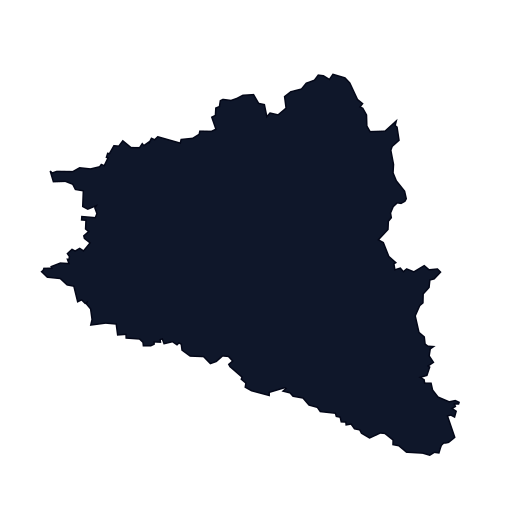 Prilep, Prilep, North Macedonia (Robinson projection), rotated 4°
{"feature_id": "65306769B638558710054", "entity_name": "Prilep", "entity_type": "district", "adm_level": 2, "iso_a3": "MKD", "parent_name": "North Macedonia", "parent_adm1": "Prilep", "projection": "robinson", "projection_center": [21.661, 41.283], "detail": "fine", "context": "isolated", "style": "filled", "palette": "ink", "viewbox_px": 512, "rotation_deg": 4, "n_neighbors": 0, "source": "geoboundaries", "source_scale": "gbopen_adm2", "svg_char_len": 3169}
<svg xmlns="http://www.w3.org/2000/svg" viewBox="0 0 512 512"><g transform="rotate(4 256 256)"><path d="M351.7,96.6L346.3,92.8L337.5,76.9L332.3,72.1L320.1,69.4L316.9,74.8L310.7,71.5L305.5,71.2L302.0,76.6L294.1,80.1L289.7,86.3L279.3,89.7L273.4,95.0L275.7,106.4L268.2,113.7L260.0,112.4L257.1,116.4L253.8,104.4L248.0,103.6L242.3,95.2L231.7,96.6L226.0,100.1L220.2,102.6L212.1,102.1L209.6,103.6L209.1,109.5L205.6,111.2L205.7,118.6L202.2,120.6L207.2,132.3L202.8,134.8L191.3,135.4L190.8,138.6L184.7,143.0L173.2,145.0L172.6,148.7L149.7,143.9L146.8,147.1L143.5,145.9L141.1,151.6L142.0,149.1L136.4,153.7L134.7,151.9L132.3,156.1L123.8,156.6L115.1,150.4L111.5,156.0L106.6,155.9L102.6,164.2L100.9,163.9L99.9,168.0L101.6,168.4L98.3,176.5L95.3,175.5L93.8,177.9L84.8,180.7L73.9,180.3L67.4,184.6L51.4,185.5L46.9,187.4L44.8,185.6L48.7,196.0L60.6,194.8L68.2,197.2L71.2,202.2L79.2,203.0L79.7,218.7L84.9,221.0L93.2,216.9L91.9,219.3L94.4,224.8L93.0,229.0L79.5,228.8L79.5,232.2L83.9,232.2L84.1,240.9L87.4,243.3L82.8,247.9L83.6,250.4L89.6,254.5L83.6,263.0L79.6,260.7L75.2,263.7L72.0,262.2L67.7,266.8L69.9,269.5L69.7,272.4L68.1,272.4L70.0,276.6L61.3,276.7L52.4,280.9L53.2,282.5L45.3,283.1L44.7,285.2L43.2,286.6L49.3,291.7L62.3,292.1L69.6,298.0L76.4,298.8L81.3,314.1L85.1,311.9L88.9,315.2L90.7,313.9L90.2,315.6L94.7,320.3L96.9,330.8L96.0,336.4L110.7,333.4L121.3,333.6L123.5,344.4L131.8,343.2L132.2,346.9L145.6,346.9L149.3,350.0L149.9,353.4L157.3,352.9L160.5,351.1L160.4,348.8L166.7,348.6L166.2,346.1L168.3,345.2L170.4,349.9L178.7,347.3L183.4,350.1L185.2,348.0L187.6,349.2L188.8,355.1L197.3,360.4L210.7,360.0L218.0,366.5L223.7,364.0L229.6,358.0L235.5,358.1L240.1,362.4L236.4,366.0L237.8,368.2L250.6,377.8L249.9,379.9L254.8,383.5L254.4,387.6L260.9,390.7L278.9,394.2L278.7,391.1L294.0,385.3L295.2,386.1L292.4,388.9L299.6,390.2L302.7,393.3L312.8,394.4L319.3,401.0L327.8,402.7L331.0,406.7L346.2,407.3L347.3,410.4L351.2,410.9L352.6,415.5L357.2,415.4L357.7,418.2L362.6,417.0L366.3,421.5L371.6,422.2L373.6,425.4L382.0,429.6L392.3,423.9L396.9,424.0L405.6,430.0L405.8,434.6L411.7,435.3L419.8,441.2L436.0,441.0L443.2,442.6L447.6,439.4L452.2,439.7L453.3,434.8L454.1,431.9L456.2,429.5L458.3,429.3L461.0,428.5L461.5,428.1L465.8,424.1L466.9,423.0L458.1,402.1L461.5,401.1L465.3,402.8L466.5,396.9L462.1,394.4L465.4,392.2L464.2,389.8L468.4,389.5L468.8,387.8L464.9,386.3L458.9,388.0L447.4,384.0L441.5,377.4L439.5,370.7L433.1,371.1L432.3,367.7L428.2,365.6L434.8,363.2L437.0,354.7L435.3,353.7L440.4,349.7L435.7,343.6L436.3,336.5L439.4,334.0L433.7,334.0L430.8,332.0L429.5,325.0L423.9,320.9L419.0,304.6L422.8,294.0L425.8,291.1L425.4,282.2L430.8,275.3L431.1,267.8L435.3,266.4L441.2,259.2L437.9,256.3L429.6,257.7L424.5,253.9L414.6,260.8L407.2,258.4L404.1,261.4L400.8,258.0L395.5,260.1L394.1,254.1L395.9,252.9L388.5,247.2L382.1,233.8L376.9,231.3L385.8,220.3L385.6,212.1L388.3,208.4L387.2,203.7L389.4,197.2L393.2,193.1L397.0,193.4L400.7,191.0L401.9,188.4L399.7,181.0L390.7,171.2L386.9,163.5L386.8,155.1L383.1,141.1L384.2,137.1L390.6,130.6L387.7,117.6L385.7,116.2L386.5,111.5L376.0,122.5L361.1,124.0L357.5,118.6L356.4,107.6L352.2,101.2L349.3,100.0L351.7,96.6Z" fill="#0f172a" stroke="#020617" stroke-width="1.5"/></g></svg>